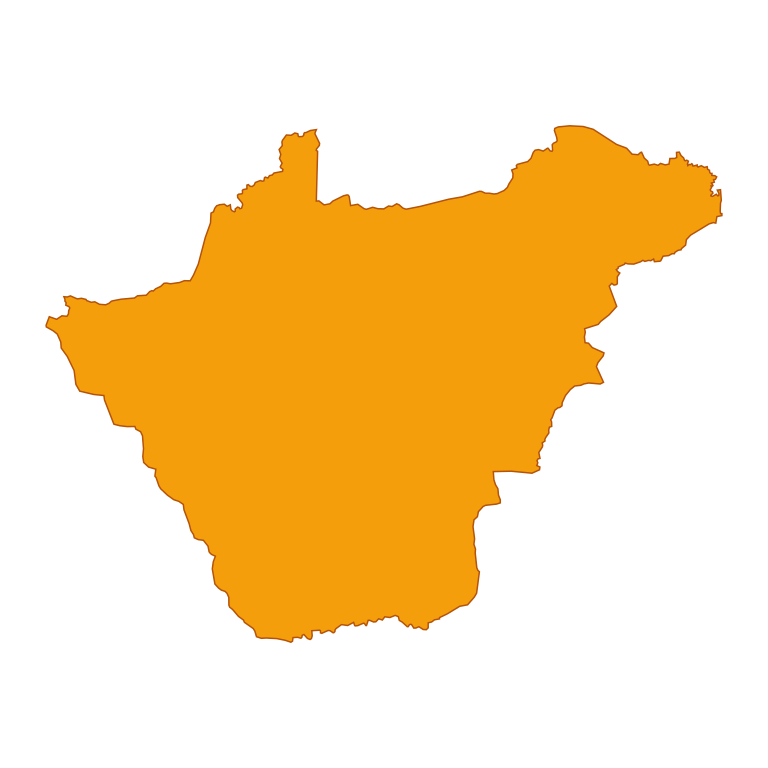 the district of Cam Lo, Quảng Trị, Vietnam
{"feature_id": "81297802B81560237884054", "entity_name": "Cam Lo", "entity_type": "district", "adm_level": 2, "iso_a3": "VNM", "parent_name": "Vietnam", "parent_adm1": "Quảng Trị", "projection": "orthographic", "projection_center": [107.0, 16.785], "detail": "fine", "context": "isolated", "style": "filled", "palette": "amber", "viewbox_px": 768, "rotation_deg": 0, "n_neighbors": 0, "source": "geoboundaries", "source_scale": "gbopen_adm2", "svg_char_len": 6087}
<svg xmlns="http://www.w3.org/2000/svg" viewBox="0 0 768 768"><path d="M720.5,189.7L717.3,190.1L719.0,193.7L718.7,195.6L717.7,195.8L716.3,194.2L712.5,196.4L711.0,196.0L710.8,195.3L712.9,193.2L712.5,191.8L710.8,191.0L710.2,189.9L711.6,187.3L711.1,186.0L712.5,186.1L713.0,185.4L711.4,183.1L714.3,182.2L713.6,179.6L715.4,179.4L716.7,176.9L714.9,175.7L711.8,175.4L712.0,173.4L710.6,173.4L709.7,172.4L709.5,170.3L707.6,169.3L707.2,166.7L704.3,167.4L701.3,165.7L698.1,167.0L697.2,166.4L697.2,165.0L693.7,166.0L692.6,165.8L692.6,164.5L691.8,163.7L690.3,164.7L689.2,164.4L687.8,165.6L687.4,164.2L688.4,161.2L686.8,160.2L685.2,160.8L684.5,160.3L683.6,157.9L681.0,155.5L679.3,152.1L676.5,152.4L676.7,157.5L674.9,158.4L669.9,158.5L669.0,164.1L665.2,164.9L660.5,163.4L658.1,165.3L654.2,164.1L649.4,165.2L648.6,164.5L647.7,161.2L644.3,158.1L641.6,152.2L640.5,152.5L638.1,154.7L632.1,154.2L626.6,148.2L616.5,144.4L593.2,129.3L583.2,126.5L569.7,125.8L558.3,126.9L554.8,128.4L554.4,130.5L556.6,137.1L557.2,140.6L556.4,141.8L553.5,143.2L552.2,144.7L552.6,150.2L552.0,151.3L550.1,150.9L548.2,148.3L547.5,148.2L543.3,151.1L538.6,149.6L535.1,150.2L533.3,152.3L531.0,158.3L527.7,161.6L517.3,164.4L516.3,165.7L517.0,167.9L511.7,170.0L513.0,173.8L512.8,177.9L508.9,184.0L507.4,187.4L504.1,190.5L497.2,193.6L494.0,194.0L489.3,193.2L485.4,193.2L481.4,191.4L479.5,191.3L462.5,196.8L448.8,199.2L420.3,206.4L406.1,209.2L402.9,208.1L399.1,204.8L396.7,203.8L392.1,206.5L388.6,206.0L383.8,208.9L377.8,208.7L372.7,207.3L366.3,209.3L364.1,208.7L357.8,204.3L350.6,205.6L349.2,196.6L348.3,195.2L347.1,194.9L343.5,195.8L332.8,201.1L329.9,203.8L324.1,204.9L318.9,200.9L316.3,201.1L317.6,151.3L316.2,150.3L316.5,149.0L319.3,145.5L319.6,143.4L315.1,134.1L315.0,132.9L316.4,129.6L310.4,130.5L305.9,132.6L304.7,132.6L304.0,133.3L303.6,135.5L302.4,136.5L299.0,136.7L298.3,136.2L297.8,133.7L294.8,133.0L291.2,135.3L286.4,135.0L282.5,140.3L281.9,142.0L282.3,145.6L279.1,149.5L280.8,154.5L279.5,158.6L282.1,163.2L280.3,166.6L280.6,167.7L282.9,169.3L282.5,171.4L274.0,173.0L272.2,175.0L269.5,175.6L267.9,178.0L265.3,177.1L264.5,177.7L263.9,180.8L262.2,181.2L260.4,180.5L255.3,182.5L254.2,185.0L252.2,186.5L250.2,186.3L248.3,184.6L246.9,185.1L246.9,188.8L243.2,189.6L242.4,190.4L242.5,193.1L241.9,193.8L238.6,194.2L237.5,195.2L237.7,197.6L242.2,203.0L242.7,204.8L241.5,208.3L239.9,208.7L239.1,207.6L237.6,207.1L235.2,209.0L235.2,211.3L234.3,211.8L232.0,210.7L230.9,209.2L230.3,204.8L227.2,206.3L224.3,204.2L219.7,204.7L216.6,205.8L214.7,208.4L213.5,211.8L211.0,213.1L210.5,223.0L205.3,237.5L198.3,264.1L193.5,275.1L190.2,280.8L184.3,280.7L179.6,282.5L170.4,283.8L166.8,283.1L164.0,283.3L160.7,286.4L155.6,288.8L153.3,291.0L151.8,290.7L149.7,291.6L146.3,295.2L137.5,295.8L134.5,298.0L121.1,299.2L113.3,300.7L111.4,301.2L109.0,303.3L105.7,304.8L99.5,304.3L94.8,301.8L91.2,302.3L86.6,300.5L86.0,299.4L81.4,298.3L77.3,298.9L70.4,295.9L67.3,297.0L63.9,296.7L65.0,299.4L64.9,301.1L66.1,302.6L65.8,305.2L68.9,306.6L69.8,308.0L68.7,310.6L68.4,314.1L66.9,316.3L61.9,315.8L56.6,319.3L49.3,316.7L46.1,325.2L46.3,326.9L53.2,330.8L57.3,334.1L60.8,342.1L61.2,348.0L67.3,356.5L74.1,370.5L75.9,384.4L79.8,391.2L93.9,394.5L103.9,395.5L104.5,400.0L113.9,424.2L119.7,425.7L127.1,426.6L134.9,426.5L135.9,429.2L140.6,431.7L142.5,435.8L143.5,448.8L142.8,456.6L143.7,462.5L148.6,467.1L155.8,469.2L154.9,476.2L156.1,477.6L158.9,485.8L160.7,488.8L167.5,495.2L173.8,499.7L178.9,501.4L183.3,504.4L184.0,509.9L189.1,523.5L190.9,530.5L193.5,534.6L194.3,537.8L198.2,539.6L203.4,540.3L208.0,546.1L209.1,551.8L209.8,552.8L211.5,554.4L215.4,556.2L213.3,561.7L212.3,568.9L214.9,584.0L218.6,588.1L221.3,590.1L225.1,591.4L227.0,593.3L228.8,597.4L228.9,605.2L229.7,607.2L232.6,609.5L238.5,616.4L243.5,620.1L244.4,622.3L253.2,628.5L254.8,631.0L256.5,636.7L261.3,638.3L266.2,638.0L276.9,638.6L285.2,640.3L290.9,642.2L292.5,641.2L293.0,637.6L297.6,637.3L300.9,638.2L301.9,637.3L302.2,635.3L303.9,634.5L307.5,638.5L310.1,639.5L311.4,638.6L312.2,635.9L311.8,630.7L319.6,630.2L320.4,630.7L320.5,632.9L321.8,633.3L328.1,630.5L330.1,630.7L332.9,632.7L333.8,632.7L334.9,631.6L335.1,629.8L336.0,628.6L341.5,624.6L347.7,625.5L353.6,622.4L354.7,625.6L355.4,625.9L357.8,625.6L363.4,623.2L364.4,623.4L365.8,625.5L366.5,625.5L368.2,620.3L369.6,620.3L373.6,622.0L375.8,621.8L378.7,618.8L382.4,620.0L384.8,616.8L389.9,617.5L395.2,615.4L398.3,616.6L399.3,620.4L402.1,622.0L407.3,626.7L408.3,626.6L409.4,624.7L410.6,624.3L411.5,624.5L413.8,628.1L416.0,628.0L418.9,626.7L423.2,629.5L426.3,629.7L428.2,627.8L428.2,622.8L431.6,622.0L434.5,619.8L439.5,618.9L439.5,617.6L447.2,613.9L459.7,606.3L467.6,604.8L474.3,597.1L476.6,593.2L479.4,571.7L477.9,570.4L476.8,567.8L475.2,552.9L475.5,549.1L473.9,544.2L474.6,538.9L473.0,526.7L474.0,519.8L477.4,516.7L478.4,511.7L483.1,506.5L485.6,505.3L496.5,504.1L500.3,502.9L500.3,499.8L498.5,495.2L497.9,488.8L495.5,484.7L493.9,479.7L493.3,471.6L511.0,471.2L532.0,473.2L539.5,469.8L539.9,467.0L536.8,465.6L537.8,462.8L537.0,460.5L538.1,458.8L540.0,458.4L538.8,452.5L542.4,446.9L542.7,445.2L542.2,442.9L545.0,441.0L544.8,439.6L545.6,437.7L548.9,432.9L548.7,430.1L549.4,427.2L551.7,426.4L551.6,422.0L550.7,419.7L552.0,418.0L554.9,410.2L557.8,407.9L559.9,407.4L562.0,405.8L562.2,402.7L565.5,395.5L570.4,389.5L574.7,386.0L580.8,385.3L584.0,383.9L588.8,383.0L600.2,384.0L603.5,382.3L596.4,366.6L598.0,362.5L603.2,355.9L604.0,352.9L592.3,347.6L588.5,343.2L585.1,342.7L584.4,336.9L585.3,332.1L584.6,328.7L598.2,324.4L600.6,321.5L609.1,314.8L616.7,306.4L609.2,286.1L611.8,283.4L614.0,285.1L616.1,284.7L617.3,283.8L617.3,276.8L619.8,273.0L617.7,271.6L616.3,269.6L618.1,268.4L618.2,267.0L624.6,264.2L625.1,263.1L628.0,263.9L633.8,264.1L640.5,261.8L642.9,260.3L644.8,261.4L648.5,260.4L650.8,260.7L653.6,259.0L654.4,261.7L660.0,261.2L660.8,260.7L663.1,256.2L668.7,255.6L672.0,253.7L674.4,253.7L674.9,252.4L678.1,250.3L681.1,249.8L681.4,248.7L685.6,245.1L686.4,239.6L690.6,235.1L709.1,223.9L713.3,222.6L715.8,223.1L716.9,216.6L721.9,215.6L721.9,213.6L720.6,213.6L720.2,211.3L720.5,203.2L721.3,200.3L720.5,189.7Z" fill="#f59e0b" stroke="#b45309" stroke-width="1.5"/></svg>